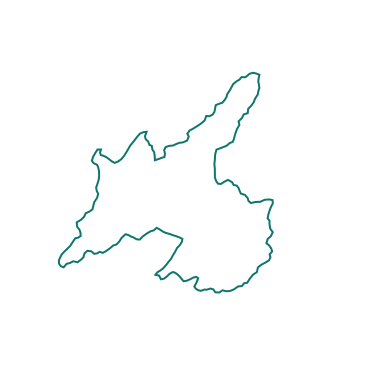 Perdões, Minas Gerais, Brazil (Equal Earth projection), rotated 34°
{"feature_id": "56859067B51659935012852", "entity_name": "Perdões", "entity_type": "district", "adm_level": 2, "iso_a3": "BRA", "parent_name": "Brazil", "parent_adm1": "Minas Gerais", "projection": "equal_earth", "projection_center": [-45.073, -21.063], "detail": "fine", "context": "isolated", "style": "outline", "palette": "teal", "viewbox_px": 384, "rotation_deg": 34, "n_neighbors": 0, "source": "geoboundaries", "source_scale": "gbopen_adm2", "svg_char_len": 3345}
<svg xmlns="http://www.w3.org/2000/svg" viewBox="0 0 384 384"><g transform="rotate(34 192 192)"><path d="M263.4,153.7L260.4,154.8L256.6,157.8L254.0,162.1L250.2,164.7L247.1,168.2L243.9,167.9L241.7,166.0L237.5,164.8L233.4,166.0L230.9,164.5L228.5,162.7L225.5,161.7L222.5,162.9L219.7,161.4L215.0,161.9L212.8,165.9L211.5,169.1L208.9,170.6L205.9,169.4L202.9,167.2L199.9,162.8L197.6,159.5L195.1,156.6L192.7,152.1L190.1,147.7L188.6,143.2L190.7,140.3L192.7,137.4L194.8,134.4L195.9,130.3L197.8,127.6L197.0,124.3L195.5,120.1L194.1,114.9L193.8,109.9L191.1,107.4L192.0,103.0L191.5,98.7L194.1,95.5L192.1,91.7L192.9,86.9L193.0,83.2L192.1,79.4L192.0,74.4L190.6,71.3L189.7,68.1L187.5,65.6L185.2,63.4L183.8,60.7L182.3,57.1L178.8,57.9L175.8,59.1L173.7,61.7L172.1,67.0L168.8,69.1L168.5,72.3L166.9,75.7L165.8,79.4L166.1,82.6L166.5,86.7L166.5,91.0L167.5,94.1L167.6,97.4L167.2,101.1L164.9,104.0L163.1,106.8L164.5,109.9L165.8,113.1L165.8,116.3L164.0,119.5L161.3,121.0L162.5,125.7L161.1,130.5L158.9,135.8L157.2,139.5L155.7,142.2L155.5,146.3L158.2,147.7L159.2,152.0L156.7,156.0L153.9,158.4L152.0,161.2L150.3,164.1L147.5,166.3L145.0,169.5L145.4,172.7L148.1,175.3L149.6,178.4L147.6,180.8L145.9,183.3L143.5,186.4L140.8,182.8L138.3,180.1L135.5,179.0L132.8,176.2L130.5,176.8L127.3,174.6L124.1,174.1L121.8,172.1L120.7,167.5L118.3,169.5L116.2,172.7L115.7,176.6L115.4,182.0L114.8,188.0L115.2,193.1L115.5,199.1L115.1,204.1L113.6,208.2L111.6,211.1L108.4,211.4L105.2,211.2L101.9,211.0L98.6,211.4L95.7,212.4L93.6,210.6L92.8,207.7L89.9,209.6L90.0,213.3L90.3,218.0L91.5,222.1L94.3,223.1L97.9,222.5L100.4,223.9L103.4,226.9L106.0,230.6L107.7,233.8L108.9,237.6L110.1,242.0L112.6,244.5L115.2,245.9L116.6,249.9L116.6,254.7L117.5,257.6L119.2,262.1L117.7,266.0L115.7,269.1L116.4,272.7L115.5,277.1L113.4,281.7L116.2,285.0L119.8,286.2L122.2,288.0L124.3,290.7L123.1,293.6L121.1,295.6L121.1,299.1L121.1,305.1L120.4,308.7L119.5,312.7L118.9,316.9L119.4,320.2L119.9,323.2L121.7,325.6L124.7,326.9L127.7,326.2L128.2,321.7L130.4,319.3L132.2,315.9L136.4,314.2L137.8,310.2L138.5,306.8L137.2,303.1L138.1,299.3L141.6,297.5L145.5,297.9L147.6,296.0L149.0,293.2L152.0,292.4L153.8,289.0L155.5,284.4L156.6,280.4L158.7,277.8L159.4,273.9L159.3,269.3L160.5,264.2L163.5,263.2L165.8,263.1L168.8,262.4L172.4,262.2L175.3,260.7L175.9,256.8L177.7,251.8L179.5,248.0L181.8,245.1L182.7,241.5L186.1,241.1L190.0,241.1L192.6,240.7L195.2,239.9L197.6,239.1L200.2,238.5L203.9,237.4L207.7,236.5L210.3,236.3L211.5,239.0L211.6,243.2L210.9,246.8L211.4,250.9L211.6,255.2L212.0,259.6L211.6,263.2L211.4,267.0L210.7,271.7L209.5,275.1L208.2,277.9L208.0,281.1L211.4,279.7L215.1,281.7L217.3,279.4L218.4,276.1L219.1,272.5L220.8,269.1L223.0,268.4L225.7,268.4L228.8,268.9L232.0,269.9L234.9,270.7L237.2,268.6L239.3,265.3L241.0,262.1L242.9,260.0L245.3,260.0L246.3,264.2L246.8,269.1L249.2,270.0L251.7,270.0L254.5,269.1L256.8,266.0L259.0,264.6L261.3,261.7L264.1,260.8L267.4,262.1L270.7,260.2L272.3,256.4L275.7,255.2L278.6,253.1L281.1,249.5L283.1,244.4L286.0,242.1L286.2,238.5L288.5,236.4L288.4,231.8L288.8,226.4L290.6,222.1L288.8,217.6L290.2,213.4L292.0,210.1L294.1,205.5L293.5,202.2L291.2,200.3L291.7,196.4L288.9,194.3L285.5,193.1L282.3,192.9L281.0,188.5L282.1,184.7L281.4,180.1L277.4,178.7L274.3,175.4L272.3,172.5L269.4,171.5L267.7,167.5L266.4,162.9L265.7,159.5L265.4,156.4L263.4,153.7Z" fill="none" stroke="#0f766e" stroke-width="2"/></g></svg>